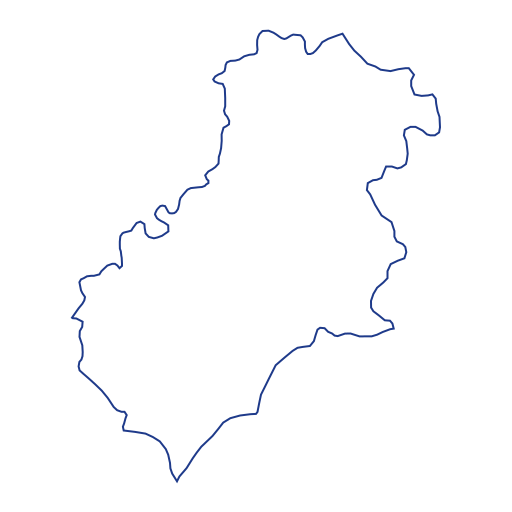 Lyakhavichy, Brest, Belarus (Albers equal-area conic projection)
{"feature_id": "67162791B80813457147779", "entity_name": "Lyakhavichy", "entity_type": "district", "adm_level": 2, "iso_a3": "BLR", "parent_name": "Belarus", "parent_adm1": "Brest", "projection": "albers", "projection_center": [26.164, 52.904], "detail": "fine", "context": "isolated", "style": "outline", "palette": "blue", "viewbox_px": 512, "rotation_deg": 0, "n_neighbors": 0, "source": "geoboundaries", "source_scale": "gbopen_adm2", "svg_char_len": 3640}
<svg xmlns="http://www.w3.org/2000/svg" viewBox="0 0 512 512"><path d="M393.7,328.6L392.4,323.5L390.0,320.7L384.8,320.3L379.1,315.6L373.4,311.3L371.1,307.6L371.0,300.9L373.4,293.9L377.1,287.7L383.3,282.5L387.5,278.2L387.5,271.1L390.7,264.1L397.8,260.7L404.4,258.3L406.3,252.2L405.3,247.0L402.9,244.2L396.8,241.4L394.4,236.7L394.4,231.0L391.5,222.1L381.6,215.5L375.0,204.7L370.2,194.4L366.9,190.1L367.8,183.1L373.0,180.2L376.8,179.8L381.5,177.9L384.3,170.8L386.1,166.5L391.8,166.5L397.4,168.4L401.2,167.4L405.9,164.1L406.8,160.3L407.7,153.7L407.2,148.6L406.3,141.1L403.9,135.4L404.8,129.8L410.4,126.9L415.6,126.9L422.7,130.6L426.9,134.4L430.2,135.3L434.9,135.3L439.1,132.4L440.0,127.3L439.5,116.9L437.6,111.3L436.2,103.8L435.7,98.6L432.4,94.4L428.1,95.4L421.6,95.9L414.5,94.5L411.2,86.1L411.2,80.4L414.0,74.8L408.8,68.2L406.4,68.2L405.5,68.2L398.4,69.2L390.5,71.1L380.6,69.7L375.4,66.5L367.4,63.7L360.9,56.7L354.3,50.6L349.1,44.0L342.5,33.7L337.5,35.4L328.3,38.8L322.2,42.2L319.6,46.0L315.8,50.5L312.9,53.1L310.3,54.0L307.7,54.0L306.1,51.7L305.1,48.1L304.9,44.6L304.9,41.5L302.7,37.4L300.6,35.3L293.2,34.6L290.9,35.6L286.4,38.4L284.3,39.0L281.6,38.1L279.5,36.8L276.2,34.4L273.5,32.7L268.6,30.7L262.5,31.0L259.4,34.1L258.1,36.8L257.2,40.1L257.1,45.0L257.5,49.8L256.6,53.1L254.1,54.3L249.3,54.8L244.2,56.3L239.4,59.5L235.3,60.6L230.4,60.9L226.9,62.4L225.6,65.0L225.3,67.7L224.6,71.0L221.8,73.2L218.6,74.4L215.2,76.5L213.2,79.4L214.6,81.5L218.6,83.3L222.7,83.9L224.8,88.6L225.2,98.1L225.2,106.3L224.0,110.7L225.1,114.3L227.2,116.7L229.2,120.9L229.0,124.3L226.3,126.2L223.5,127.7L221.6,134.4L221.7,140.9L221.1,148.2L219.9,153.7L218.8,156.9L218.7,160.4L218.5,163.6L215.3,167.1L212.4,169.2L208.3,171.5L205.2,175.3L206.8,179.2L208.4,180.6L208.4,183.1L206.2,184.4L204.9,185.9L202.0,187.0L198.2,187.3L190.8,188.1L187.4,189.7L183.4,194.3L180.5,197.9L179.6,200.8L179.1,204.6L178.0,209.0L176.0,211.9L174.2,213.1L172.0,213.4L169.7,213.2L168.5,212.3L167.3,210.1L166.7,209.0L165.1,206.1L162.4,205.6L160.3,206.1L158.4,208.0L156.8,209.9L155.3,213.1L155.0,214.5L157.0,218.2L158.9,219.7L161.4,221.2L163.9,222.4L168.2,225.3L168.4,231.4L162.0,235.8L157.3,237.5L153.9,238.3L148.8,236.9L145.6,233.4L144.7,228.0L144.4,224.1L140.4,221.6L136.6,223.0L132.8,228.1L131.3,230.6L129.0,231.3L125.6,232.1L123.5,232.7L122.4,233.4L120.4,236.2L120.1,238.5L119.8,241.7L119.8,244.6L119.9,248.7L120.8,251.3L121.3,255.6L121.7,257.8L122.0,263.6L122.0,265.9L119.5,268.2L117.4,265.5L115.0,263.8L112.3,263.8L107.3,265.6L104.0,268.7L101.3,271.3L99.4,274.4L93.9,275.8L91.1,275.8L87.0,276.3L83.7,278.2L81.0,279.4L79.4,282.2L81.0,290.3L82.4,293.2L85.0,297.0L84.3,300.4L82.4,303.7L78.6,308.3L72.0,317.7L72.7,318.2L76.4,318.5L82.6,321.7L82.2,326.9L79.8,331.1L79.5,336.9L82.3,345.3L82.7,352.1L82.5,356.2L81.4,359.6L79.4,361.9L78.6,366.4L79.6,370.4L83.6,374.0L88.0,377.8L95.2,384.3L101.8,390.7L107.7,397.9L113.7,407.0L117.1,410.2L121.5,411.8L124.5,411.8L126.7,415.1L125.5,418.3L124.1,423.5L122.9,426.7L123.7,430.5L135.1,431.9L145.5,433.6L152.8,437.0L159.8,441.4L165.8,449.1L168.2,454.7L170.0,462.9L170.4,468.4L172.2,473.6L177.0,481.3L179.4,476.5L186.6,468.1L192.8,458.2L196.8,452.5L201.3,446.7L212.5,436.0L218.3,428.9L223.2,422.6L230.3,418.2L240.1,415.5L250.4,414.2L256.0,413.9L257.5,411.9L259.3,402.6L261.0,394.6L265.0,386.6L269.0,378.5L275.7,365.2L285.0,357.2L292.6,350.9L297.5,347.8L302.8,346.9L309.9,346.0L313.9,341.1L315.7,334.9L317.5,329.6L320.1,327.8L324.6,328.2L328.1,331.8L332.1,333.5L334.6,335.6L337.7,336.1L341.2,334.9L345.0,333.6L350.5,333.5L355.5,335.1L359.6,336.4L371.8,336.3L377.1,334.7L382.7,332.0L390.2,329.2L393.7,328.6Z" fill="none" stroke="#1e3a8a" stroke-width="2"/></svg>